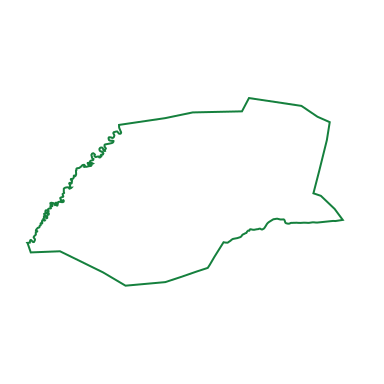 Bayannuur, Bulgan, Mongolia, rotated 280°
{"feature_id": "93677404B15769150174360", "entity_name": "Bayannuur", "entity_type": "district", "adm_level": 2, "iso_a3": "MNG", "parent_name": "Mongolia", "parent_adm1": "Bulgan", "projection": "albers", "projection_center": [104.475, 47.85], "detail": "fine", "context": "isolated", "style": "outline", "palette": "green", "viewbox_px": 384, "rotation_deg": 280, "n_neighbors": 0, "source": "geoboundaries", "source_scale": "gbopen_adm2", "svg_char_len": 5782}
<svg xmlns="http://www.w3.org/2000/svg" viewBox="0 0 384 384"><g transform="rotate(280 192 192)"><path d="M245.4,108.5L243.8,108.8L242.5,109.2L241.4,109.9L239.8,110.9L238.9,111.6L238.1,111.9L237.3,111.7L236.9,111.2L236.8,110.6L236.8,110.1L237.0,109.6L237.5,109.2L238.6,107.8L238.4,106.9L237.3,104.6L236.6,104.3L236.0,104.4L235.1,105.2L234.3,105.7L232.8,105.6L232.2,105.3L231.5,104.6L231.4,103.8L231.7,103.0L231.7,102.3L231.6,101.2L231.4,100.7L231.1,100.5L230.4,100.5L229.6,100.8L228.8,101.2L228.4,102.0L228.4,103.0L228.4,103.9L228.7,104.4L228.7,105.0L228.6,105.8L228.1,105.9L227.6,105.8L226.9,105.4L226.3,104.6L225.4,102.5L224.4,99.9L223.8,98.3L223.4,97.8L222.8,97.8L222.0,97.8L221.3,98.3L220.7,98.9L220.0,99.6L219.5,99.5L218.8,99.0L218.1,98.9L217.4,99.2L217.2,98.5L217.5,97.7L217.8,97.5L218.9,97.0L219.4,96.7L219.8,96.3L220.1,95.6L220.0,94.6L219.5,93.9L218.6,93.4L217.6,93.5L216.7,94.0L216.2,94.9L216.1,95.7L215.7,96.7L215.2,97.6L214.7,98.0L213.6,97.8L213.3,96.9L212.9,96.0L212.2,95.7L211.8,96.6L211.3,96.5L210.8,95.5L210.3,95.6L210.0,95.3L210.0,94.6L210.7,93.7L210.3,92.3L209.7,91.2L209.8,90.6L210.2,90.2L210.5,89.7L211.0,89.6L211.3,89.7L211.9,89.9L212.5,89.2L213.0,88.2L212.7,87.3L212.3,86.9L211.6,86.7L211.0,86.5L210.0,86.9L209.4,87.3L208.5,87.5L207.7,88.2L207.4,89.2L207.1,89.2L206.6,89.2L206.3,89.0L206.0,88.5L205.3,87.0L204.9,86.5L204.3,86.3L203.7,86.1L203.4,86.4L203.1,86.8L203.1,87.5L203.2,88.2L203.1,88.5L202.8,89.4L202.5,89.0L202.1,88.2L202.1,87.2L202.6,86.0L202.7,84.9L202.5,84.3L202.0,84.3L201.6,84.7L201.2,85.0L201.5,86.9L201.7,87.5L201.3,88.3L200.8,88.4L200.3,88.1L200.1,87.9L199.5,85.9L198.5,83.7L198.4,82.9L198.2,82.1L198.0,81.7L198.1,81.3L198.8,81.6L199.5,81.8L200.0,81.2L199.9,80.4L199.5,79.6L199.0,79.1L198.1,78.6L197.4,78.0L196.8,77.4L196.3,77.0L195.9,76.3L195.6,75.2L195.2,74.4L194.9,74.2L194.1,74.2L193.6,74.4L193.2,74.1L192.9,74.0L192.4,74.1L191.3,74.4L190.6,74.5L189.6,74.8L189.2,74.8L188.3,74.7L187.5,74.4L187.4,74.3L187.7,73.7L187.8,73.2L187.7,73.0L187.3,72.8L186.8,72.9L186.0,73.1L185.3,72.9L184.6,72.6L184.2,72.1L183.9,70.9L183.8,70.6L183.7,70.5L183.3,70.5L183.0,70.7L182.4,71.7L182.3,71.9L182.0,72.0L181.5,71.8L181.0,71.8L180.8,71.8L180.5,72.0L180.0,72.0L179.6,71.9L179.3,71.5L179.4,71.0L179.7,70.5L179.8,70.2L179.6,69.8L179.2,69.6L178.6,70.0L178.1,70.2L177.4,70.8L176.3,70.9L175.7,71.2L175.4,71.3L175.3,72.0L175.4,72.6L175.1,72.4L174.3,71.3L174.0,70.8L174.2,70.4L174.5,70.2L175.0,69.8L175.1,69.1L174.8,67.8L174.3,66.5L173.6,65.6L173.0,65.2L171.8,65.4L169.9,65.7L169.3,66.1L168.8,66.2L168.3,65.7L167.6,65.0L167.0,65.1L166.6,65.2L165.8,65.8L165.3,66.0L164.8,65.8L164.4,64.9L163.7,63.7L163.2,63.3L162.6,63.5L162.1,63.9L161.4,64.5L160.7,64.3L160.1,64.3L159.7,64.5L159.7,65.1L159.9,65.4L160.5,65.9L161.1,66.1L161.6,66.6L161.4,67.0L160.9,67.3L160.1,67.2L159.6,66.6L159.4,65.7L159.4,63.5L159.1,62.3L158.9,62.0L158.4,61.8L157.5,61.9L155.4,61.8L155.2,61.6L155.2,61.2L155.3,61.0L157.4,61.0L157.8,60.6L157.9,60.2L157.7,59.6L157.1,59.4L156.4,59.4L155.8,59.7L155.4,59.6L155.3,59.4L155.6,58.9L156.2,58.8L156.7,58.2L157.0,57.1L157.0,56.1L157.0,55.4L156.9,55.1L156.5,54.5L156.0,54.5L155.7,54.6L155.5,55.3L155.5,56.1L155.1,56.7L154.7,56.8L153.8,56.8L153.7,56.5L154.1,56.0L154.3,55.4L154.0,55.1L152.9,55.1L151.6,55.9L151.4,55.8L151.1,55.1L150.9,54.2L150.6,53.7L150.1,53.3L149.8,53.2L149.2,53.3L148.8,53.7L148.4,54.1L148.2,54.1L148.0,53.7L147.9,53.3L148.7,52.2L148.7,51.5L148.4,51.1L148.1,51.0L147.5,51.0L146.8,51.1L146.2,51.5L146.0,52.1L146.3,54.1L146.2,54.6L145.7,54.8L145.0,54.8L144.8,54.7L144.6,54.3L144.7,53.9L145.5,53.4L145.8,52.4L145.6,51.4L144.9,50.4L144.7,50.2L144.2,50.5L143.7,51.1L143.2,52.2L142.9,53.1L142.6,53.7L142.2,53.8L141.3,53.9L140.9,53.4L140.8,53.1L141.0,52.9L141.8,52.8L142.6,52.3L143.0,51.7L143.1,51.1L142.7,50.6L142.3,50.4L141.6,50.5L140.9,50.8L139.8,50.3L139.4,50.7L138.9,51.7L138.6,52.1L138.3,51.9L138.2,51.6L138.2,51.0L138.4,50.5L138.4,49.9L138.2,49.6L137.8,49.5L137.1,49.3L136.4,49.6L135.8,49.9L135.1,49.9L134.9,49.6L135.1,49.0L135.1,48.7L134.8,48.4L134.2,48.4L133.7,48.6L132.9,48.7L132.2,47.9L131.7,47.8L130.7,47.8L130.5,47.5L130.1,46.9L129.9,46.3L127.9,45.1L126.8,45.0L126.7,45.4L126.7,46.0L126.5,46.4L126.2,46.4L125.6,45.5L124.9,45.2L124.4,45.2L123.4,45.6L122.5,45.4L122.0,44.9L120.9,44.2L120.0,43.9L119.3,44.4L118.6,45.2L118.0,45.6L117.0,45.6L115.3,45.0L115.1,44.3L115.4,43.5L115.9,43.0L116.7,42.0L116.6,41.3L115.6,41.0L114.0,41.1L113.3,38.7L113.0,39.0L104.5,43.7L110.7,72.3L97.4,118.3L88.2,142.8L98.6,181.3L106.2,195.5L114.6,210.6L120.0,220.7L123.3,222.1L132.2,225.4L148.0,231.8L148.0,233.5L148.2,235.6L148.6,236.3L149.3,236.9L150.7,238.4L151.9,239.3L152.9,240.5L154.2,243.9L154.4,244.5L155.9,247.3L156.5,248.0L156.9,248.3L158.3,248.9L158.6,249.2L159.1,249.6L159.7,250.5L160.0,251.0L160.7,251.7L160.8,252.0L161.0,252.4L161.1,252.6L161.4,252.8L161.9,252.9L162.7,253.2L163.5,253.9L163.7,254.0L163.8,254.3L163.9,254.9L163.9,255.2L164.1,255.3L165.0,255.4L165.3,255.7L165.5,256.3L165.4,258.2L165.5,259.3L165.6,259.8L166.6,262.4L166.9,263.6L167.2,264.1L167.5,264.5L167.7,265.4L167.6,265.9L167.3,266.5L167.2,267.2L167.3,267.7L168.4,269.1L169.4,269.7L171.8,270.7L173.2,271.2L174.5,271.9L175.6,272.8L176.8,274.1L179.3,276.9L179.6,277.9L180.2,279.5L180.5,280.6L180.4,281.9L180.3,283.8L180.7,286.0L180.9,286.6L180.9,287.2L180.7,287.6L180.5,287.8L180.2,288.1L178.1,289.2L177.8,289.6L177.6,290.1L177.5,291.1L177.5,292.2L177.7,293.1L178.0,293.8L178.5,294.3L178.8,295.0L179.9,300.4L180.1,302.4L180.4,304.2L181.2,307.5L181.5,309.4L181.7,311.2L181.9,312.5L183.0,315.8L183.3,317.4L183.4,318.9L183.6,320.5L188.0,335.9L188.3,338.3L190.7,345.3L200.1,335.4L210.6,319.6L211.8,311.8L234.6,313.6L266.5,315.8L284.7,315.5L287.9,302.5L295.8,284.8L294.4,231.8L280.1,227.2L270.5,178.9L260.1,152.8L245.4,108.5Z" fill="none" stroke="#15803d" stroke-width="2"/></g></svg>